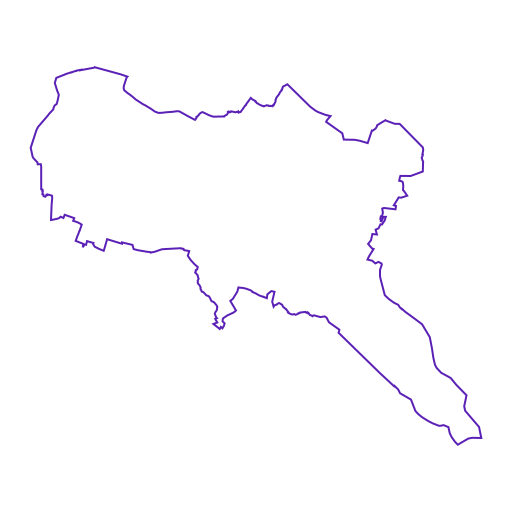 the district of Tepetlaoxtoc, México, Mexico
{"feature_id": "50627088B33487225996828", "entity_name": "Tepetlaoxtoc", "entity_type": "district", "adm_level": 2, "iso_a3": "MEX", "parent_name": "Mexico", "parent_adm1": "México", "projection": "albers", "projection_center": [-98.771, 19.549], "detail": "fine", "context": "isolated", "style": "outline", "palette": "violet", "viewbox_px": 512, "rotation_deg": 0, "n_neighbors": 0, "source": "geoboundaries", "source_scale": "gbopen_adm2", "svg_char_len": 5956}
<svg xmlns="http://www.w3.org/2000/svg" viewBox="0 0 512 512"><path d="M30.7,147.8L32.6,156.6L33.4,158.1L37.5,162.5L37.7,164.3L40.8,164.2L41.2,166.4L41.2,189.3L42.5,189.6L42.3,191.0L42.8,191.1L42.4,194.3L43.4,194.5L43.6,196.2L45.4,196.7L46.3,195.0L47.3,195.2L47.4,194.4L51.8,195.6L52.1,195.9L52.2,198.3L51.6,204.9L51.0,220.0L52.4,219.8L58.3,218.5L59.5,217.8L60.6,216.7L63.4,218.0L64.7,214.8L74.2,218.1L73.2,220.9L75.4,221.5L77.8,222.4L79.9,223.5L81.7,224.6L79.6,230.9L79.3,231.1L78.4,233.8L77.2,236.6L75.7,240.9L83.4,243.9L82.7,247.3L84.7,244.5L86.1,244.8L87.0,241.1L93.4,243.0L93.1,243.5L93.1,244.0L94.7,246.7L99.1,248.9L103.7,250.8L104.5,248.3L107.1,239.2L120.5,243.3L122.0,243.7L122.0,242.4L132.5,244.9L133.1,247.3L133.7,249.1L137.8,250.2L146.7,251.7L150.7,252.2L150.8,252.6L154.9,251.7L161.5,249.4L162.7,249.2L180.8,248.2L180.9,248.5L183.4,248.8L183.3,249.3L183.7,249.8L184.5,250.3L185.3,250.3L189.2,251.1L187.8,255.8L190.8,260.2L194.9,264.6L197.7,266.9L197.6,267.9L197.3,268.3L197.3,268.8L197.2,269.4L196.8,269.7L196.0,269.9L195.7,270.2L195.7,271.7L195.5,272.0L195.3,272.1L195.2,272.6L196.4,273.7L196.8,274.3L197.7,275.4L197.9,276.6L198.6,278.9L197.7,280.5L197.9,281.8L197.7,282.4L197.8,282.8L198.1,283.7L199.2,284.8L199.6,285.4L200.3,286.8L200.6,287.5L200.5,289.0L200.7,289.5L201.4,290.4L201.6,291.4L201.9,291.7L203.1,292.0L203.7,292.5L204.9,293.7L205.8,294.9L206.4,295.4L207.6,295.7L209.1,296.5L210.3,298.6L210.9,300.0L211.4,300.9L211.9,301.4L213.1,301.7L214.0,302.3L215.0,303.4L216.5,305.2L217.3,306.8L216.7,310.4L215.6,311.8L214.8,313.7L216.2,317.5L216.9,318.1L215.2,318.9L217.3,322.5L213.4,324.0L217.8,327.4L219.7,329.0L220.9,326.9L222.4,328.3L224.0,325.7L224.6,323.3L223.7,322.4L222.7,321.6L222.6,320.8L222.6,320.1L222.8,319.3L223.1,318.3L227.4,315.4L233.0,312.8L234.3,312.0L236.0,310.5L230.3,300.9L232.8,298.9L237.2,291.9L238.5,287.4L239.8,287.7L242.7,287.9L246.2,288.7L250.6,290.3L251.4,290.8L253.0,292.1L252.9,292.2L256.2,293.6L257.2,294.3L259.2,295.4L263.8,297.1L263.8,296.9L266.8,298.2L267.4,294.3L271.3,291.1L274.5,291.8L272.2,301.6L273.6,306.7L274.7,305.2L276.8,304.6L277.2,304.0L278.7,303.1L279.0,303.1L280.0,303.4L280.5,303.9L281.4,304.3L282.1,304.7L282.4,305.5L283.1,306.8L285.8,309.1L286.1,309.1L286.7,310.0L288.3,312.1L288.0,312.5L288.4,312.9L291.2,314.3L292.3,314.3L292.7,314.5L294.0,314.3L294.2,314.1L295.7,314.8L298.0,313.8L298.3,313.2L299.5,313.2L299.8,312.6L305.3,311.9L306.2,312.7L306.4,312.5L307.3,312.2L308.1,313.3L308.5,313.0L309.9,315.0L312.0,315.7L312.4,316.2L313.9,315.3L320.4,317.1L324.6,316.4L326.6,317.7L329.0,322.3L339.4,329.7L338.6,332.8L379.7,372.9L395.0,387.1L393.6,385.0L398.2,389.5L400.1,393.3L411.0,399.6L415.4,411.0L418.1,413.9L420.3,415.8L423.0,417.8L428.5,421.2L432.6,423.3L438.7,425.7L439.8,425.8L441.2,425.7L443.5,425.1L448.4,427.1L449.7,433.0L451.0,435.9L452.0,437.6L455.0,441.8L457.8,444.7L468.2,438.6L472.1,437.8L481.3,438.0L479.0,426.9L465.2,410.8L464.2,406.3L466.5,395.3L456.0,384.5L450.7,378.0L441.2,372.8L436.6,367.9L435.0,364.8L433.4,358.0L432.0,348.6L429.8,337.2L422.1,324.3L414.8,318.8L405.1,311.7L401.9,308.8L401.7,309.1L399.8,307.3L398.2,304.8L394.3,302.9L393.2,302.2L388.6,298.8L384.8,295.2L380.3,277.9L380.0,275.7L380.0,269.9L381.8,264.7L381.5,263.5L378.5,261.9L375.3,263.4L372.2,260.7L367.5,259.6L368.9,256.5L373.6,249.0L372.1,248.5L368.1,243.9L371.0,240.3L372.4,234.0L376.9,234.5L375.6,229.6L378.5,228.4L380.5,224.3L382.0,224.5L384.6,220.6L385.8,216.9L383.3,216.9L382.3,219.5L381.5,221.3L380.7,221.0L381.2,219.3L380.3,218.9L380.8,216.4L381.9,216.7L382.1,216.4L382.0,216.2L382.9,212.8L382.4,209.6L382.2,208.6L383.0,208.2L384.3,208.0L395.5,209.3L396.0,205.9L393.8,205.3L396.7,200.7L398.7,197.4L401.2,197.7L407.2,195.7L404.1,191.2L403.0,190.0L403.3,186.0L402.8,182.2L401.8,181.3L399.2,180.8L399.9,177.4L400.4,175.9L410.6,176.0L422.8,171.5L423.1,161.3L422.4,160.2L421.7,157.6L422.7,155.7L422.3,154.7L422.3,154.4L422.5,154.3L422.8,154.2L422.6,153.5L423.2,150.2L423.1,148.8L422.8,147.4L399.7,123.9L394.7,123.8L385.7,120.5L385.5,120.2L380.9,122.9L377.1,125.3L376.9,126.3L376.6,127.0L376.1,127.8L375.4,128.7L372.7,130.7L371.9,130.5L367.7,143.1L359.9,140.8L354.8,139.8L343.8,139.6L342.3,133.3L326.1,121.8L327.2,119.9L330.5,116.1L328.3,115.6L327.7,115.3L326.5,115.2L324.7,114.6L318.2,112.1L315.9,110.9L311.1,107.4L309.8,106.3L287.4,84.3L282.9,86.7L282.2,89.1L281.6,89.6L281.7,90.4L280.6,91.5L279.7,92.8L279.1,94.2L278.1,95.5L277.0,96.8L276.6,97.4L276.1,98.3L276.1,98.9L275.5,99.8L275.6,101.4L273.6,105.4L273.2,105.7L273.2,105.0L272.6,105.6L271.0,106.1L270.4,106.1L269.9,105.8L268.8,106.0L268.2,105.5L267.9,105.6L266.8,105.2L264.0,106.3L263.7,106.0L263.3,106.2L262.4,105.9L261.1,105.4L260.8,105.1L258.8,104.3L257.9,103.5L256.9,103.2L256.6,102.7L255.5,101.7L255.7,101.3L255.1,100.8L254.5,100.6L253.7,100.0L252.6,99.6L250.8,97.9L246.2,104.2L246.1,104.9L246.0,105.1L245.6,105.4L245.3,105.4L240.6,112.0L240.2,111.9L238.7,112.6L238.2,111.5L237.7,112.1L237.0,111.8L235.5,112.3L231.1,111.3L230.8,111.5L230.7,112.0L230.0,112.3L229.6,112.3L228.8,111.5L228.4,111.5L227.9,111.7L228.0,112.8L227.4,113.9L226.6,114.9L225.5,115.3L224.6,115.9L224.1,116.6L223.6,116.6L222.7,116.3L221.5,116.6L217.6,116.5L216.5,116.7L213.3,116.7L209.7,115.5L202.8,112.2L202.1,112.2L201.2,112.6L199.5,113.8L199.1,114.7L198.1,115.5L197.5,116.5L196.4,116.8L196.3,117.1L196.4,117.7L196.4,118.1L195.0,119.9L187.8,116.1L179.6,111.5L178.0,111.2L176.4,111.3L172.7,111.8L165.8,112.3L163.7,112.6L159.9,112.9L158.1,112.8L154.9,111.6L151.1,108.9L145.0,105.2L143.1,104.3L135.9,99.6L133.0,97.1L129.7,94.5L127.9,93.3L125.1,91.0L124.1,90.1L123.8,89.0L123.7,87.7L123.8,86.2L126.1,79.0L126.7,77.4L127.4,76.6L120.6,74.3L95.0,67.3L95.0,67.5L80.6,70.2L80.8,69.8L76.2,70.7L76.1,71.0L74.4,71.3L71.3,72.5L71.2,72.3L65.3,74.2L65.2,74.4L57.7,77.3L56.3,77.9L54.8,83.0L57.3,91.1L57.9,92.3L58.8,94.9L57.5,101.1L56.6,104.1L54.7,105.4L53.5,108.0L53.3,109.4L49.1,113.8L48.3,115.0L38.0,127.0L36.4,130.2L30.7,147.8Z" fill="none" stroke="#5b21b6" stroke-width="2"/></svg>